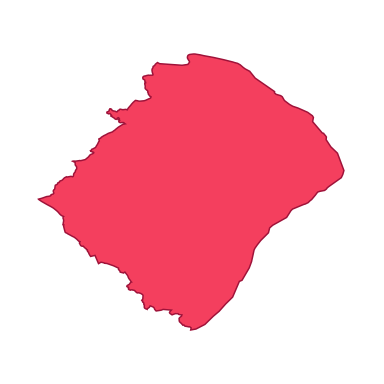 Askim nor, Østfold, Norway, rotated 173°
{"feature_id": "86288312B6065445509759", "entity_name": "Askim nor", "entity_type": "district", "adm_level": 2, "iso_a3": "NOR", "parent_name": "Norway", "parent_adm1": "Østfold", "projection": "natural_earth1", "projection_center": [11.217, 59.597], "detail": "fine", "context": "isolated", "style": "filled", "palette": "rose", "viewbox_px": 384, "rotation_deg": 173, "n_neighbors": 0, "source": "geoboundaries", "source_scale": "gbopen_adm2", "svg_char_len": 5979}
<svg xmlns="http://www.w3.org/2000/svg" viewBox="0 0 384 384"><g transform="rotate(173 192 192)"><path d="M322.9,183.1L323.1,182.3L323.2,181.7L322.9,180.6L322.9,179.0L323.5,177.2L323.6,176.6L324.1,175.3L323.3,175.1L323.6,173.6L323.1,169.5L322.8,167.6L322.3,167.0L321.1,166.3L320.5,165.7L318.2,164.1L316.3,162.7L314.3,161.4L312.3,159.4L310.4,157.0L309.2,156.3L310.0,155.1L309.0,152.4L307.8,151.6L306.4,151.4L306.0,150.8L305.7,150.1L303.9,148.5L303.8,147.7L302.9,147.3L302.8,147.1L303.0,146.4L302.9,145.8L302.2,144.8L302.0,144.3L301.9,143.7L301.5,142.5L300.5,140.4L296.0,140.9L293.5,132.3L290.9,133.4L288.1,132.5L287.7,132.0L285.1,131.4L279.0,128.4L274.2,125.4L274.4,124.2L273.0,121.9L273.0,121.2L269.7,119.9L268.9,120.5L268.4,120.7L268.2,120.6L267.7,119.6L266.3,117.3L265.9,116.4L265.6,114.8L265.1,113.6L264.1,111.9L263.6,110.9L263.0,110.0L263.8,109.9L265.5,108.0L267.7,107.1L268.1,106.5L268.2,106.4L268.1,106.1L267.7,105.6L266.7,105.2L266.6,104.6L266.9,104.0L266.9,103.4L266.7,103.0L266.4,103.0L266.4,102.9L266.2,102.7L265.6,102.3L265.2,102.3L265.1,102.1L263.9,102.3L263.0,102.1L262.7,101.8L262.0,101.7L261.5,101.5L260.8,101.1L260.5,100.4L260.0,99.9L259.5,99.2L258.9,98.9L258.9,98.7L258.1,98.4L257.1,98.5L255.0,97.4L253.6,96.2L253.2,95.2L253.9,91.7L255.1,90.6L254.6,89.8L254.2,89.6L254.4,89.3L254.4,89.1L254.3,88.8L254.2,88.5L253.7,88.1L253.4,87.7L253.5,86.0L253.0,85.5L253.3,84.6L253.4,83.2L253.2,82.6L252.2,81.7L251.6,81.5L250.8,81.0L250.7,81.4L250.6,81.5L248.3,82.8L247.4,84.1L247.1,84.0L245.9,83.3L244.9,82.8L244.0,82.0L243.6,81.3L243.4,80.2L242.6,78.9L242.1,78.3L238.0,78.4L236.8,78.5L235.0,79.0L226.9,77.3L228.3,76.1L229.0,75.3L229.0,74.8L228.6,74.1L226.8,72.5L223.4,73.3L220.6,72.9L220.3,72.3L220.0,72.1L218.2,71.5L217.0,71.3L217.5,70.1L219.3,69.0L220.2,68.2L220.4,65.7L220.2,64.7L218.4,62.6L218.0,61.9L217.7,61.6L217.4,61.1L217.3,60.9L216.3,61.0L215.6,59.9L215.1,59.6L213.6,59.2L211.9,58.6L210.7,58.5L209.4,57.2L210.1,55.2L204.8,55.5L195.3,59.0L186.0,66.1L179.6,70.3L172.2,76.8L164.5,82.7L155.9,97.5L153.1,98.3L144.5,109.6L141.4,115.6L138.5,123.9L137.5,126.8L136.4,128.5L133.8,131.4L129.7,135.5L121.1,142.2L119.3,146.9L115.9,149.2L101.2,155.2L96.1,161.4L94.3,162.8L82.4,166.1L81.3,166.2L78.0,167.3L75.8,169.0L74.2,169.9L70.0,173.8L67.7,176.2L67.0,176.7L64.9,177.1L60.2,177.4L58.3,178.5L57.3,179.6L55.6,180.7L42.1,188.0L40.2,191.0L38.6,194.8L42.9,212.8L48.7,219.9L52.5,227.6L51.9,230.2L52.5,231.4L53.9,233.5L54.2,234.2L55.5,234.7L63.7,247.1L62.4,251.2L63.2,253.0L67.5,257.0L76.5,262.4L81.5,264.8L84.5,267.0L88.3,270.7L89.2,271.7L90.8,275.5L92.2,276.8L96.6,278.7L98.1,280.4L97.8,281.6L115.4,297.3L120.1,304.9L120.5,305.1L124.2,307.7L126.1,309.5L128.6,312.3L130.6,313.8L131.2,314.2L133.8,315.2L135.5,316.0L144.6,319.5L154.2,322.9L163.8,325.9L167.1,327.1L172.3,328.6L173.9,328.8L177.4,328.8L178.3,328.6L179.3,328.1L179.6,327.7L180.1,326.6L180.2,325.8L180.1,325.1L179.2,323.0L178.8,322.3L178.6,321.5L178.7,321.1L180.6,319.1L186.4,319.0L208.5,323.3L210.5,324.7L212.9,323.2L213.7,322.0L215.0,321.6L215.4,321.1L215.5,320.3L216.6,318.9L216.8,318.1L216.9,317.3L216.8,315.6L216.4,313.4L216.5,313.0L216.9,312.8L217.5,312.8L219.0,313.0L219.9,313.0L221.0,313.3L223.3,313.1L224.3,312.8L225.2,312.9L226.1,312.6L226.6,312.2L226.9,311.6L226.9,310.9L226.9,310.3L226.7,310.0L226.5,309.8L225.4,309.0L225.2,308.8L225.3,307.7L225.2,307.0L224.7,306.7L224.7,306.0L225.6,305.8L225.7,304.9L225.5,302.8L225.9,300.9L225.7,300.1L225.0,299.3L224.6,298.7L224.0,298.3L223.6,297.5L223.5,297.0L223.8,296.6L223.6,296.1L223.5,295.8L223.3,295.1L223.5,294.7L222.7,293.2L222.1,292.2L221.1,291.6L221.3,290.9L221.7,290.3L227.1,288.6L228.6,288.4L232.1,288.5L233.5,288.6L235.5,289.4L237.0,289.8L239.5,288.1L241.6,286.3L242.1,285.7L244.9,283.2L246.3,281.4L247.5,282.1L250.6,282.1L253.3,283.0L253.9,282.7L254.5,282.1L255.3,282.0L256.1,281.3L256.1,281.0L256.8,280.7L257.8,281.1L258.5,281.6L259.7,281.9L260.6,282.3L261.4,282.8L261.7,283.8L262.4,284.4L263.1,284.6L263.5,284.5L263.6,284.0L264.1,283.7L264.2,283.1L264.5,282.6L265.6,282.0L266.7,281.7L266.9,280.8L265.3,279.7L263.9,279.9L263.8,279.5L263.3,279.2L262.7,278.2L263.0,277.9L262.6,277.6L263.1,277.2L262.4,276.7L262.0,276.3L260.9,275.4L260.3,274.9L259.3,273.7L258.3,273.3L257.3,273.8L257.2,274.3L256.2,274.8L255.9,274.7L255.4,274.1L255.2,273.6L255.9,273.1L256.5,272.9L256.3,272.5L255.2,272.4L255.0,272.0L255.6,271.6L256.1,270.7L255.6,270.0L254.7,269.5L253.0,269.5L251.6,269.3L251.1,269.0L250.6,268.2L250.1,267.8L252.3,267.6L257.1,265.4L259.5,263.9L260.3,263.4L261.1,262.8L262.7,262.0L263.5,261.4L268.0,260.4L270.9,259.2L272.3,258.8L275.1,257.5L275.5,257.3L276.2,256.5L277.8,256.2L278.0,255.8L277.8,253.9L278.6,253.1L279.8,251.2L280.4,250.4L281.2,249.5L281.9,248.5L282.3,248.0L283.2,247.6L284.6,247.1L285.3,246.8L286.3,246.6L286.7,245.8L287.7,245.4L287.5,245.1L287.6,244.8L287.6,244.7L286.4,244.2L286.1,243.9L285.6,243.9L285.5,243.6L285.2,243.5L285.1,243.1L284.7,243.1L284.7,242.9L285.2,242.5L285.4,242.3L286.3,242.0L287.9,241.6L289.0,241.0L290.4,239.5L293.5,237.5L294.0,237.2L298.1,236.7L298.9,236.7L299.6,236.9L303.6,236.8L306.3,237.2L306.7,237.1L304.4,235.6L304.4,235.0L304.6,234.2L304.5,233.7L304.6,233.1L303.5,231.1L303.4,230.9L303.6,229.6L303.6,229.0L303.9,228.7L304.6,228.1L305.1,227.4L305.3,226.5L305.4,226.3L306.4,225.4L307.3,224.2L307.7,222.4L308.1,221.9L308.5,221.7L310.2,222.3L313.8,222.1L314.7,222.2L314.9,222.4L315.5,222.1L316.7,221.7L318.0,220.8L318.3,220.4L319.4,219.6L319.9,219.4L321.2,219.1L322.2,218.7L322.3,218.6L322.3,218.1L322.7,217.7L324.2,217.3L324.6,216.3L324.9,216.1L325.4,215.8L326.3,215.6L326.9,215.3L327.8,212.1L328.2,211.3L329.0,210.9L329.4,210.4L329.6,209.9L329.6,209.4L329.3,207.7L329.8,207.2L330.3,206.8L331.5,206.7L332.4,206.3L332.5,206.1L332.5,205.8L332.5,205.7L332.8,205.5L334.5,205.2L336.8,205.2L341.8,204.1L345.3,203.6L345.2,203.4L342.6,201.1L337.8,197.5L333.4,194.4L331.5,192.9L328.6,189.9L327.2,188.2L326.0,186.3L324.9,185.0L324.1,184.3L322.5,183.4L322.9,183.1Z" fill="#f43f5e" stroke="#9f1239" stroke-width="1.5"/></g></svg>